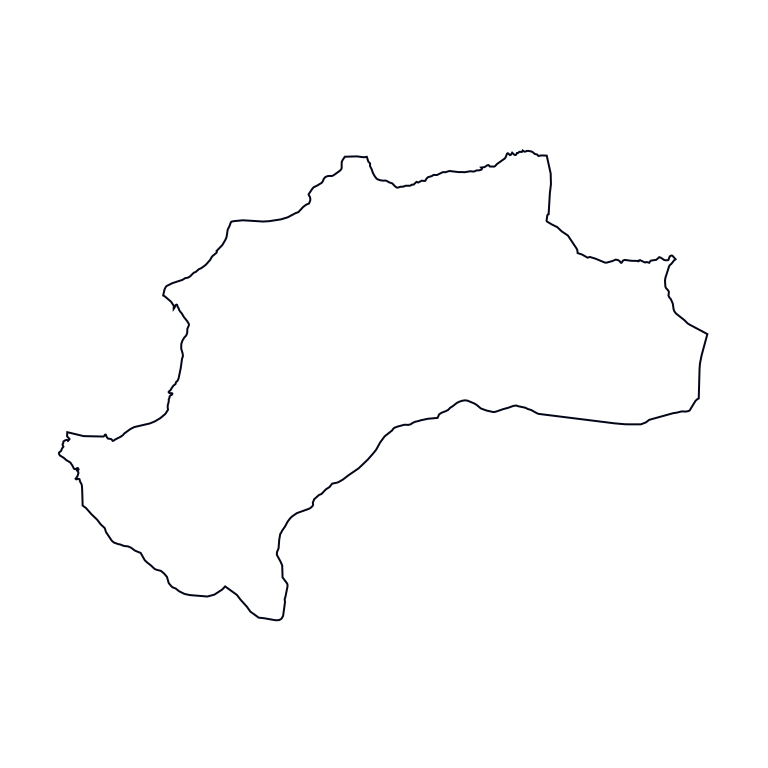 Deleg, Cañar, Ecuador (Mercator projection), rotated 275°
{"feature_id": "8360857B48088232281675", "entity_name": "Deleg", "entity_type": "district", "adm_level": 2, "iso_a3": "ECU", "parent_name": "Ecuador", "parent_adm1": "Cañar", "projection": "mercator", "projection_center": [-78.939, -2.766], "detail": "fine", "context": "isolated", "style": "outline", "palette": "ink", "viewbox_px": 768, "rotation_deg": 275, "n_neighbors": 0, "source": "geoboundaries", "source_scale": "gbopen_adm2", "svg_char_len": 6118}
<svg xmlns="http://www.w3.org/2000/svg" viewBox="0 0 768 768"><g transform="rotate(275 384 384)"><path d="M572.1,295.5L566.5,292.4L565.8,292.5L563.9,293.9L561.9,294.5L560.3,294.5L557.3,293.6L555.9,290.9L553.2,287.9L547.8,283.8L546.5,281.0L541.7,273.6L539.0,266.9L536.2,255.4L535.3,249.3L534.8,229.1L533.1,220.1L532.6,218.3L531.9,217.4L527.5,216.2L524.1,214.8L518.4,214.5L516.1,214.2L513.5,213.3L508.3,210.8L501.9,205.6L501.2,206.0L500.0,205.6L496.5,202.0L494.6,200.9L492.6,200.1L487.2,196.1L483.5,191.9L482.1,189.4L479.3,186.8L478.5,185.2L477.4,184.0L474.9,182.0L473.5,180.5L472.6,178.7L472.2,176.9L470.1,174.0L466.1,164.5L462.8,159.1L462.0,158.3L459.0,157.1L452.9,156.3L452.1,158.2L447.4,164.7L444.4,167.1L442.6,168.1L441.4,167.8L440.5,167.9L442.1,168.8L444.3,169.4L445.0,170.3L444.7,171.1L443.1,171.6L441.4,172.9L440.3,173.2L438.3,174.7L436.7,176.4L433.4,178.7L429.3,182.6L427.1,184.2L426.2,184.5L425.3,184.5L421.9,183.3L418.0,183.5L416.8,183.3L414.9,182.6L412.9,181.0L409.6,179.4L406.2,178.6L402.4,178.8L400.7,179.2L397.3,180.6L394.3,181.3L391.5,180.6L381.9,180.1L371.8,178.9L369.3,178.1L367.8,176.7L365.6,176.2L364.2,174.5L361.2,172.7L359.7,172.2L357.5,170.2L357.0,170.2L356.3,171.0L356.3,173.7L356.0,174.0L355.5,174.0L354.6,173.4L354.0,172.2L352.8,171.5L351.6,171.5L349.9,170.9L347.8,171.1L343.6,170.4L341.5,170.6L339.6,171.1L335.7,169.1L334.5,168.2L330.3,163.9L326.8,159.0L324.3,154.2L319.3,138.9L316.8,135.0L311.8,129.3L310.5,128.6L308.4,126.1L305.6,121.5L303.8,119.3L303.7,118.7L305.1,117.4L305.4,116.7L305.6,113.7L307.2,112.3L309.2,111.3L309.3,110.7L308.9,110.3L307.9,109.9L307.2,109.0L305.9,89.3L308.4,72.7L304.5,72.8L304.0,73.1L302.0,75.4L301.5,75.5L299.8,74.1L300.6,73.4L300.7,72.9L300.1,71.3L299.0,69.9L298.6,69.6L296.9,69.6L296.0,69.1L295.5,69.0L293.6,70.1L291.8,68.9L289.1,68.1L287.6,66.4L287.0,66.2L285.9,66.4L284.6,67.3L282.4,71.6L280.4,74.3L278.5,78.3L275.3,80.9L272.6,82.5L272.2,83.9L273.5,85.7L273.5,86.3L273.3,86.7L272.2,87.2L271.8,86.9L271.5,85.8L271.1,85.7L269.5,87.2L268.3,87.3L265.3,86.6L262.7,85.0L262.2,85.7L262.9,87.9L262.7,88.9L260.0,89.9L257.9,91.4L256.4,91.9L252.6,92.5L236.6,94.4L234.5,97.9L228.6,104.1L223.9,110.0L219.3,114.2L216.2,118.3L212.2,120.0L204.1,126.5L202.5,128.8L201.3,133.4L201.2,134.9L200.0,139.2L199.9,143.2L198.9,146.2L196.2,150.7L194.5,156.3L187.5,161.1L185.2,164.1L182.9,167.7L179.7,171.7L179.1,173.8L178.4,178.0L176.1,181.4L172.9,184.6L166.9,186.9L164.0,189.8L163.1,190.9L162.1,194.3L159.7,197.9L157.5,203.5L156.8,208.9L156.9,226.6L159.4,233.4L165.1,240.7L168.5,243.4L161.1,255.8L156.6,259.9L150.1,266.9L145.6,270.7L140.3,279.6L140.2,285.2L139.2,296.5L139.6,299.9L140.8,301.8L141.4,302.4L144.2,303.7L158.0,304.4L160.9,303.8L163.8,304.4L173.8,305.5L175.4,305.4L176.8,304.9L182.5,299.8L194.4,298.4L198.2,296.3L204.4,292.2L207.1,292.0L211.1,293.3L219.7,293.2L225.5,293.7L226.7,294.4L229.0,295.3L233.5,297.9L238.3,299.9L241.7,302.0L243.9,303.8L247.8,308.5L253.3,320.4L254.6,322.1L256.3,323.5L257.5,323.9L259.9,323.4L261.8,324.2L262.9,324.3L267.7,328.8L269.0,331.3L274.0,335.3L276.6,338.7L280.2,341.0L281.7,346.0L282.5,347.5L285.3,351.5L290.1,356.7L297.8,366.1L307.5,374.6L314.2,379.5L318.0,382.0L325.5,385.3L331.9,389.2L338.5,396.2L339.6,396.7L341.2,398.0L342.8,401.3L345.2,407.9L345.4,411.9L346.2,414.1L347.7,415.9L349.1,418.3L350.3,422.2L350.9,423.3L353.2,430.8L354.9,440.3L358.6,441.6L360.4,443.9L362.4,448.0L363.8,450.2L366.1,452.0L367.8,454.3L371.4,458.1L372.8,460.3L374.1,463.3L374.8,466.1L374.7,468.6L372.4,475.9L371.2,478.2L368.1,482.6L366.5,488.4L365.7,494.4L365.6,496.1L366.5,498.6L369.5,505.3L371.0,509.5L373.5,514.9L374.1,517.9L373.6,519.3L372.7,526.8L371.6,529.6L370.9,532.9L368.2,538.9L367.7,540.8L364.9,617.2L364.9,628.0L366.2,643.4L368.6,648.3L371.4,651.3L380.2,674.8L381.0,678.3L382.6,682.7L382.9,687.5L383.7,689.9L384.3,690.8L394.4,695.8L396.4,697.7L397.0,698.8L427.3,697.0L432.2,697.0L440.3,697.9L461.9,701.8L469.7,683.4L470.9,681.1L473.7,677.8L479.3,669.3L480.4,668.0L481.9,666.8L483.6,666.0L489.2,664.7L493.3,662.5L495.4,660.5L496.9,659.7L500.4,659.8L501.1,659.5L502.0,658.9L504.2,656.5L505.6,655.8L511.6,654.9L514.4,655.1L526.3,657.8L527.1,658.2L529.0,660.0L532.3,662.1L533.7,663.6L536.7,660.4L537.1,659.5L536.6,658.2L535.9,657.5L532.4,656.5L532.1,656.0L531.8,654.0L531.9,652.4L534.0,648.7L534.3,647.1L531.5,644.5L530.2,639.3L529.3,638.3L527.9,637.7L528.4,635.1L527.8,633.4L529.7,628.3L529.5,627.5L528.5,627.1L528.4,626.3L528.7,625.8L528.3,619.7L528.6,613.1L527.8,611.3L525.9,610.4L525.4,609.8L525.5,609.3L527.1,607.8L527.9,606.2L528.1,604.0L526.4,600.8L524.3,595.2L524.2,593.5L527.3,583.7L528.5,578.0L527.6,575.8L530.3,569.8L531.3,565.5L533.8,565.0L535.5,564.2L547.9,554.3L551.5,547.8L555.4,542.9L557.6,537.2L560.1,532.1L560.9,531.7L566.3,532.0L567.2,532.5L567.4,533.2L588.4,532.6L597.6,532.9L608.2,531.7L625.7,526.2L625.4,520.7L624.6,518.0L625.9,516.6L626.4,514.0L627.8,512.2L628.5,510.5L628.8,507.3L628.6,505.8L628.0,505.0L627.7,503.6L628.7,501.8L627.4,501.3L627.1,500.9L627.2,498.9L627.0,498.5L625.8,497.4L625.7,496.3L624.0,495.7L623.7,495.2L623.6,494.2L623.8,493.7L625.6,491.5L623.4,490.4L623.0,489.5L624.5,487.7L624.6,487.0L624.2,486.5L620.4,485.4L619.1,484.6L613.1,477.5L610.8,475.7L610.2,474.9L609.9,470.4L611.1,469.3L611.2,468.8L610.7,467.6L608.8,465.2L608.1,461.9L607.4,462.6L606.8,462.8L606.0,462.3L605.2,460.4L604.8,457.4L603.7,455.7L603.4,454.1L603.5,451.6L602.0,445.9L601.9,442.8L601.6,440.2L601.9,430.6L600.3,426.6L600.2,424.2L596.8,418.5L596.6,415.1L595.3,413.5L593.8,409.7L591.9,408.2L590.1,407.5L589.8,406.8L589.8,403.8L587.7,400.6L588.2,398.8L585.2,396.1L585.0,394.4L584.3,393.6L583.8,392.6L583.4,388.3L582.3,386.1L581.9,383.1L580.8,380.7L580.8,379.8L581.7,378.0L584.6,374.7L585.4,371.3L586.6,368.9L586.8,367.5L586.5,365.8L586.6,362.8L587.3,359.9L588.0,358.6L590.4,356.5L593.0,354.7L596.8,353.0L599.9,351.1L602.5,350.9L604.2,349.0L608.8,347.1L608.1,344.0L608.4,337.3L607.0,325.2L603.4,323.2L601.4,322.5L595.2,323.0L594.3,322.7L592.7,321.6L587.4,315.4L586.6,313.8L586.6,311.9L586.1,309.5L585.1,307.6L583.3,306.2L580.4,305.3L579.0,304.4L575.8,300.1L573.9,296.8L572.1,295.5Z" fill="none" stroke="#020617" stroke-width="2"/></g></svg>